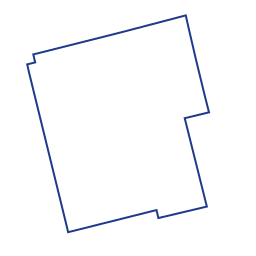 the district of Prentiss, Mississippi, United States of America, rotated 256°
{"feature_id": "52423323B17129375246846", "entity_name": "Prentiss", "entity_type": "district", "adm_level": 2, "iso_a3": "USA", "parent_name": "United States of America", "parent_adm1": "Mississippi", "projection": "albers", "projection_center": [-88.507, 34.61], "detail": "fine", "context": "isolated", "style": "outline", "palette": "blue", "viewbox_px": 256, "rotation_deg": 256, "n_neighbors": 0, "source": "geoboundaries", "source_scale": "gbopen_adm2", "svg_char_len": 369}
<svg xmlns="http://www.w3.org/2000/svg" viewBox="0 0 256 256"><g transform="rotate(256 128 128)"><path d="M206.1,45.4L49.6,44.8L41.4,44.7L41.5,135.8L33.3,135.7L33.0,158.4L32.7,185.5L123.8,185.4L123.6,210.4L140.1,210.3L178.9,210.5L210.6,211.0L223.3,211.3L222.5,144.9L222.3,53.9L214.1,53.8L214.1,45.6L206.1,45.4Z" fill="none" stroke="#1e3a8a" stroke-width="2"/></g></svg>